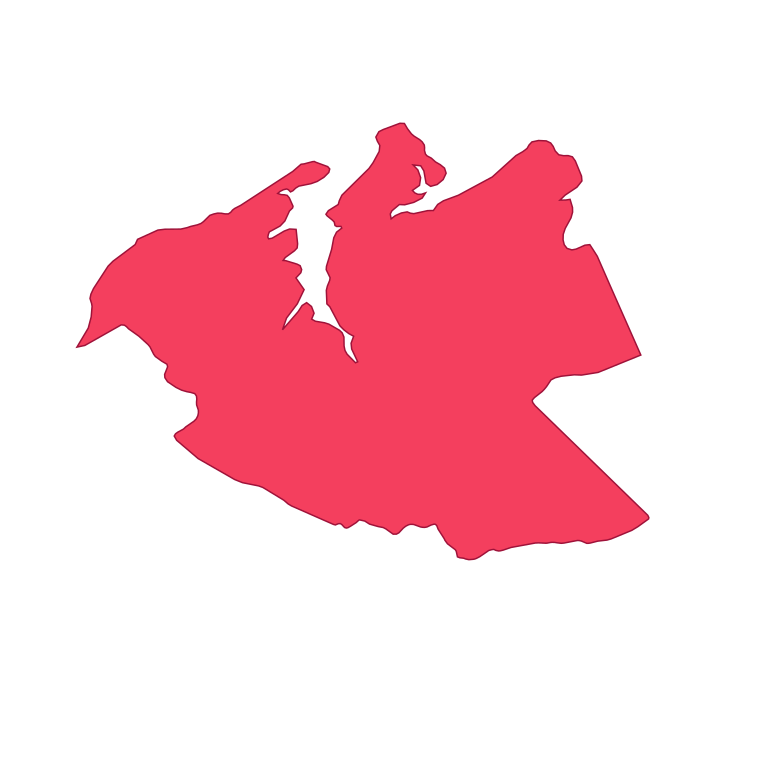 the Province of Estuaire, rotated 66°
{"feature_id": "GAB-2168", "entity_name": "Estuaire", "entity_type": "Province", "adm_level": 1, "iso_a3": "GAB", "parent_name": "Gabon", "parent_adm1": "", "projection": "natural_earth1", "projection_center": [9.925, 0.242], "detail": "fine", "context": "isolated", "style": "filled", "palette": "rose", "viewbox_px": 768, "rotation_deg": 66, "n_neighbors": 0, "source": "natural_earth", "source_scale": "10m", "svg_char_len": 4634}
<svg xmlns="http://www.w3.org/2000/svg" viewBox="0 0 768 768"><g transform="rotate(66 384 384)"><path d="M354.1,137.2L384.6,137.4L462.0,137.6L460.5,183.7L456.2,199.9L453.0,206.4L449.0,218.9L447.9,225.2L448.2,229.8L452.5,236.6L454.0,239.6L455.2,242.6L457.6,252.1L459.0,255.1L461.2,255.7L465.3,254.8L611.3,196.4L613.8,196.4L614.9,197.2L617.6,210.1L618.5,217.2L617.9,239.5L617.3,243.7L614.5,252.6L613.2,260.2L612.6,262.3L612.0,263.6L607.7,267.6L606.4,269.4L606.0,270.2L605.6,271.0L602.5,284.3L601.6,286.9L599.4,290.6L598.2,292.4L597.2,294.4L596.6,295.9L595.7,299.7L595.3,300.8L592.0,307.4L590.8,310.5L585.0,334.4L584.2,342.9L583.7,345.6L583.2,347.1L582.3,348.4L581.4,349.6L579.8,350.9L579.2,352.8L578.7,356.0L580.7,366.8L580.9,370.5L580.8,372.3L580.4,373.9L579.0,377.9L576.9,380.8L575.9,381.7L575.3,382.5L573.6,385.4L571.8,387.2L566.5,386.1L565.4,386.1L564.3,386.3L555.8,391.0L551.6,391.9L549.8,391.9L538.7,393.6L534.7,393.4L533.0,394.2L532.4,395.3L532.0,398.3L532.1,402.9L531.5,405.3L530.5,407.2L529.5,408.7L524.6,413.8L524.0,414.7L523.0,416.8L522.8,417.7L522.6,418.6L522.7,421.4L522.9,422.6L523.5,425.0L526.0,430.9L526.2,433.7L524.9,436.7L517.2,441.2L514.8,443.1L511.8,447.4L506.1,454.2L501.4,457.3L498.2,461.6L498.2,462.5L499.3,465.8L500.3,472.3L500.6,475.4L500.3,476.9L499.3,478.2L498.0,478.8L495.7,479.5L493.8,480.6L493.1,482.4L493.0,484.1L493.0,485.7L491.7,487.3L457.9,518.0L454.5,520.4L449.4,522.8L429.3,536.7L426.1,540.0L416.6,553.4L410.5,559.3L376.6,584.1L351.1,596.3L346.2,596.8L344.7,594.7L344.1,591.9L343.6,585.5L342.5,582.4L340.7,572.8L339.5,569.7L337.3,567.0L334.9,565.3L332.3,564.2L326.9,563.7L324.2,562.6L321.5,561.1L318.6,560.2L315.8,560.8L313.0,564.1L310.8,567.3L307.3,571.4L302.5,575.4L293.9,580.8L289.1,581.6L286.0,580.5L280.3,574.7L277.7,574.2L272.8,577.7L265.9,581.7L263.1,582.3L254.8,582.7L252.0,583.5L240.6,588.5L229.7,594.9L226.9,595.9L224.7,597.2L223.1,600.0L227.1,641.6L225.4,649.5L212.6,631.4L203.6,624.2L194.3,619.1L191.6,618.4L186.3,617.8L182.7,615.2L178.6,610.5L164.1,588.1L161.6,581.7L155.4,554.6L151.6,550.3L151.4,528.0L153.5,521.2L159.8,506.7L161.1,500.2L161.4,496.6L162.7,489.7L162.9,485.8L162.2,482.8L159.1,474.5L159.4,470.5L160.2,466.6L161.8,463.2L163.9,460.1L165.3,457.0L164.8,454.2L163.5,451.6L162.9,449.1L162.5,442.2L152.7,380.9L149.5,370.4L150.4,367.5L151.8,358.9L152.4,357.1L153.6,356.2L162.5,347.0L165.5,346.1L168.3,348.4L170.7,354.7L171.8,362.6L171.3,369.2L168.6,381.3L169.1,385.0L170.4,388.6L170.5,391.3L167.6,392.3L166.2,393.7L165.6,396.9L165.8,400.7L166.7,403.6L169.1,401.0L170.6,398.1L172.3,395.7L175.5,394.8L184.6,394.8L186.0,395.9L187.5,400.0L194.8,408.3L197.4,414.6L198.4,426.9L200.2,428.7L202.5,430.4L204.4,430.4L205.3,426.9L203.7,413.0L204.0,407.2L207.0,401.4L220.8,405.9L224.4,408.0L225.9,411.6L228.3,422.8L230.1,425.9L231.3,423.7L239.2,414.6L241.8,412.5L246.0,412.7L248.5,414.7L251.3,421.3L265.3,418.6L275.5,430.6L284.1,446.2L293.2,454.7L283.0,433.0L279.0,426.9L278.2,421.6L283.7,418.7L290.9,419.1L295.3,423.7L298.7,421.2L303.9,413.4L306.9,410.0L316.8,402.8L320.3,401.4L324.8,401.5L333.0,405.0L337.5,406.0L341.7,405.6L353.0,401.4L353.0,399.0L338.9,399.3L333.4,397.5L328.0,392.3L323.7,395.6L318.5,398.5L313.0,400.6L291.3,402.1L287.6,403.6L275.0,398.6L271.5,395.9L267.3,391.5L265.0,390.0L256.1,390.3L253.1,388.7L239.7,377.1L230.0,370.4L226.0,365.6L224.4,359.2L222.5,359.2L220.9,363.1L219.3,364.3L215.8,363.6L213.5,364.4L207.2,367.6L205.3,368.0L203.0,364.3L201.4,352.8L198.4,350.3L194.4,345.7L181.0,310.1L177.4,304.0L169.6,293.8L164.4,290.8L159.5,291.3L155.1,291.0L151.4,286.0L151.2,281.2L152.3,263.4L154.3,259.4L160.4,258.7L166.7,257.2L169.8,255.7L175.5,251.9L178.4,250.6L182.1,250.0L184.6,250.8L187.0,252.0L190.8,252.6L193.1,251.9L196.9,248.9L202.1,246.6L206.5,243.4L211.4,240.9L216.7,241.5L221.3,246.8L223.4,254.3L222.4,261.0L217.7,263.9L205.5,260.9L199.6,261.7L195.7,268.3L202.2,266.0L210.4,266.6L217.0,270.8L218.7,279.3L222.0,278.1L224.5,275.9L225.9,272.6L226.3,268.3L229.7,273.5L230.2,282.9L228.7,292.2L226.3,297.0L229.0,306.3L231.2,309.1L236.0,310.3L234.8,305.2L234.8,298.6L236.2,292.8L238.7,290.4L240.5,287.5L243.4,273.5L245.6,268.3L241.8,261.9L240.8,255.2L241.8,239.3L238.9,200.9L229.0,170.5L228.2,162.7L227.0,157.5L224.6,154.2L223.0,150.4L224.4,143.8L227.9,136.9L231.6,133.7L235.7,132.8L240.7,132.8L245.7,131.1L248.4,127.2L250.3,122.8L253.1,119.5L258.1,118.5L274.4,119.0L279.0,120.6L282.7,127.7L285.1,141.6L287.6,148.5L289.9,143.0L291.0,138.9L299.4,140.0L303.7,141.8L308.3,145.6L315.6,155.2L320.2,159.4L325.2,161.8L330.1,162.7L334.6,161.6L337.9,157.8L338.9,153.6L338.9,144.0L340.4,139.3L345.9,138.4L354.1,137.2Z" fill="#f43f5e" stroke="#9f1239" stroke-width="1.5"/></g></svg>